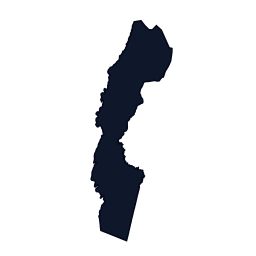 the district of Logone-Et-Chari, Extrême-Nord, Cameroon, rotated 201°
{"feature_id": "32672807B53801841297301", "entity_name": "Logone-Et-Chari", "entity_type": "district", "adm_level": 2, "iso_a3": "CMR", "parent_name": "Cameroon", "parent_adm1": "Extrême-Nord", "projection": "equal_earth", "projection_center": [14.713, 12.015], "detail": "fine", "context": "isolated", "style": "filled", "palette": "ink", "viewbox_px": 256, "rotation_deg": 201, "n_neighbors": 0, "source": "geoboundaries", "source_scale": "gbopen_adm2", "svg_char_len": 5897}
<svg xmlns="http://www.w3.org/2000/svg" viewBox="0 0 256 256"><g transform="rotate(201 128 128)"><path d="M138.2,233.7L140.4,228.3L143.7,227.2L149.2,229.7L154.3,232.8L160.2,229.4L160.2,229.0L160.3,228.0L160.0,227.5L160.3,226.8L160.4,225.0L159.9,223.5L159.7,223.2L159.8,222.6L159.6,222.2L159.3,222.0L159.2,221.7L159.8,220.7L159.6,220.3L159.0,220.1L159.0,219.7L159.4,218.3L159.4,217.6L159.1,215.9L158.5,215.8L158.3,215.5L158.4,215.1L159.2,214.1L159.3,213.8L159.0,213.3L159.1,212.8L159.0,212.6L159.4,212.2L159.4,211.8L158.9,211.1L159.1,210.5L159.0,210.0L158.6,209.5L158.6,209.2L159.1,208.1L159.1,207.8L159.0,207.4L158.5,207.0L158.7,206.6L159.5,206.1L159.6,205.8L159.5,205.4L158.7,204.6L158.6,204.1L158.9,202.0L158.8,201.7L158.4,201.1L158.4,200.7L158.7,200.4L159.1,200.2L159.2,199.8L158.9,198.8L159.0,198.5L160.1,198.0L160.3,197.6L160.0,196.4L160.2,195.7L160.3,194.8L160.3,194.7L160.5,193.9L160.8,193.3L161.5,192.6L161.6,192.2L160.7,189.3L160.8,188.0L161.6,186.7L161.7,186.0L162.2,185.6L162.0,184.8L162.6,184.1L163.0,182.6L163.8,182.1L163.6,181.0L164.2,180.6L164.4,179.6L166.3,178.1L166.2,177.4L167.0,175.4L167.0,173.3L166.6,172.7L165.9,172.0L164.2,171.2L163.9,170.9L163.7,170.2L164.1,169.5L164.0,168.1L163.8,167.7L163.3,167.5L163.1,167.1L162.9,166.1L162.5,165.3L162.4,164.7L162.8,163.4L162.2,162.6L162.2,160.9L161.9,159.8L161.6,159.7L161.3,158.1L161.3,157.6L161.6,156.6L161.9,156.2L162.3,156.0L162.7,156.0L163.4,156.4L163.7,156.5L164.0,156.3L164.1,155.9L163.8,154.5L162.9,153.9L162.5,153.5L162.4,153.1L162.5,152.6L163.0,152.0L163.4,151.8L164.1,151.8L164.7,151.4L165.2,150.4L165.3,149.9L165.1,149.5L163.9,147.9L163.5,147.0L163.5,146.0L163.6,145.1L163.5,144.6L162.9,144.2L162.2,143.2L162.1,143.4L162.1,144.1L162.0,144.8L161.8,145.0L161.5,145.2L161.1,144.9L160.5,144.1L160.3,143.4L160.1,141.3L159.7,140.2L159.6,139.4L159.7,138.4L160.1,137.9L160.7,137.5L161.0,137.1L161.2,136.5L161.1,135.0L160.4,133.3L160.3,132.8L160.4,132.3L160.6,132.1L161.1,132.0L161.7,132.4L162.0,132.3L162.6,131.5L162.9,130.4L162.9,130.0L162.6,129.5L162.2,129.2L160.8,129.0L160.4,128.7L160.1,127.7L159.6,127.4L159.4,127.0L159.5,126.7L160.4,126.6L160.6,126.4L161.0,125.2L160.5,123.5L160.1,122.9L159.0,122.5L159.3,120.2L159.3,119.8L158.4,118.9L157.1,118.2L156.5,118.3L156.1,118.7L155.6,119.9L155.2,120.1L155.0,120.4L154.0,120.2L153.3,119.7L152.5,118.6L151.9,118.1L151.5,118.0L149.3,114.4L148.7,114.2L148.4,113.4L148.5,112.7L149.4,111.9L149.8,111.3L149.1,109.5L149.1,108.9L149.4,107.8L149.5,107.0L149.4,105.6L149.7,102.2L149.1,99.3L149.7,97.5L149.8,96.5L149.6,95.5L149.8,91.7L149.3,89.7L148.0,86.9L147.8,85.6L147.7,83.8L147.4,83.2L147.0,83.3L146.3,84.7L145.9,84.9L145.3,84.0L145.2,83.4L145.4,82.5L146.0,81.3L145.5,79.4L145.9,78.2L145.6,76.8L145.7,74.7L145.5,73.4L144.7,71.2L144.4,69.9L144.2,67.5L144.0,66.9L143.1,66.3L141.1,66.7L139.6,66.6L139.1,66.2L138.9,65.8L138.8,63.7L138.5,62.4L138.2,61.5L137.8,61.2L137.5,61.2L137.0,61.7L136.5,63.3L136.0,64.1L135.7,64.1L135.2,63.7L134.8,62.7L134.8,61.9L135.8,60.1L136.0,59.2L135.5,58.0L134.8,57.4L134.3,57.4L133.5,57.8L131.6,57.8L130.9,57.3L129.6,55.9L129.0,55.9L128.5,56.0L128.4,55.3L128.7,54.0L128.8,53.1L128.5,52.8L128.2,53.1L127.0,55.1L126.5,55.4L125.9,55.1L125.4,54.1L125.2,52.5L124.9,52.2L124.1,52.2L123.6,51.8L123.4,51.3L123.3,50.2L123.7,48.7L124.2,47.3L124.4,47.1L124.6,46.3L124.3,43.7L123.9,42.1L124.0,41.5L124.5,41.1L124.6,40.8L124.5,39.8L124.1,38.5L123.6,38.1L123.3,36.9L123.5,35.9L123.4,34.9L122.8,34.4L122.0,33.1L118.9,27.3L118.7,26.6L116.6,22.7L89.0,22.3L90.0,30.5L90.1,30.8L90.4,32.2L90.4,33.2L91.4,39.7L91.5,41.2L91.9,43.1L92.4,47.3L93.4,54.7L93.4,55.9L93.8,57.6L93.8,58.7L95.3,69.0L95.3,69.8L95.7,72.6L95.8,74.3L96.2,76.7L96.7,77.7L97.0,77.9L97.2,78.2L97.1,78.6L97.2,79.5L96.7,79.9L96.4,81.3L95.8,82.0L95.5,82.6L95.9,83.7L95.8,84.6L96.0,85.2L96.7,84.9L97.0,85.0L97.2,85.3L96.8,85.9L97.1,86.8L96.5,86.7L96.3,87.2L95.6,87.3L95.6,87.6L95.9,88.1L95.4,88.8L95.4,89.1L96.5,89.6L97.3,91.2L98.5,92.3L98.7,92.6L98.9,93.4L99.2,93.7L101.1,93.1L101.4,93.3L102.3,92.9L103.3,92.8L103.6,93.1L104.2,94.7L104.6,94.2L104.1,93.2L104.5,92.8L105.0,94.0L105.4,94.0L106.7,92.7L107.1,92.7L108.6,93.7L109.8,93.6L110.6,94.0L111.1,94.0L112.5,93.5L113.6,93.9L114.2,93.6L114.8,93.5L115.2,93.6L115.6,94.0L115.9,95.0L116.0,95.0L116.6,94.2L117.1,94.2L117.5,94.4L117.8,95.2L118.5,94.7L118.7,94.9L118.6,95.6L118.6,95.8L119.1,95.9L119.4,96.6L120.0,97.0L121.0,97.1L121.4,98.5L120.6,98.5L120.8,99.1L120.8,99.5L120.5,100.1L120.7,100.3L121.3,100.2L121.8,100.9L122.5,101.0L123.2,101.9L123.1,103.0L123.5,104.6L124.0,104.0L123.8,105.4L123.3,105.8L123.2,106.2L124.9,106.8L125.0,107.2L126.8,107.5L126.7,108.2L127.1,108.7L127.7,109.8L127.1,110.4L127.0,110.6L128.3,111.0L128.4,111.4L128.9,111.6L129.3,111.6L129.3,111.1L129.5,110.8L129.8,110.7L130.1,110.8L130.2,110.5L130.6,110.7L131.2,109.9L131.8,110.9L131.6,111.5L132.4,112.0L132.7,112.9L132.8,113.9L132.7,114.3L131.2,115.9L131.0,116.5L130.9,117.9L130.8,118.7L129.9,120.1L129.9,120.5L130.0,121.4L130.8,122.7L130.7,123.3L130.3,123.8L129.4,124.1L128.7,125.1L128.7,125.9L128.5,126.6L128.6,127.6L130.3,131.7L130.5,132.5L131.0,132.9L131.2,133.6L131.2,133.8L130.3,135.0L129.8,136.3L129.8,136.9L130.1,138.2L130.1,138.4L129.9,138.8L129.3,139.4L129.0,140.0L128.9,139.8L128.5,140.8L127.5,142.3L127.3,142.8L127.3,143.3L127.7,143.8L127.9,143.9L127.3,145.2L127.3,146.0L127.7,147.4L127.4,148.6L127.3,149.8L127.7,151.2L127.5,151.8L126.8,153.2L126.4,153.7L125.7,154.1L124.7,155.6L123.8,156.2L123.5,156.6L123.4,157.4L124.2,159.2L124.9,160.2L126.4,161.1L127.3,161.9L128.1,163.2L129.2,164.0L129.5,164.7L129.9,165.4L130.2,167.5L130.3,168.5L130.4,168.8L129.9,171.2L129.7,173.4L129.8,175.0L129.7,176.2L129.1,177.0L128.2,177.7L125.2,179.0L120.5,181.8L117.1,182.5L115.9,183.2L115.7,183.6L115.3,185.6L114.7,187.0L113.9,188.1L113.3,188.3L113.6,194.1L112.5,200.2L112.2,205.7L114.2,214.4L115.5,218.0L118.3,217.6L132.0,231.3L138.2,233.7Z" fill="#0f172a" stroke="#020617" stroke-width="1.5"/></g></svg>